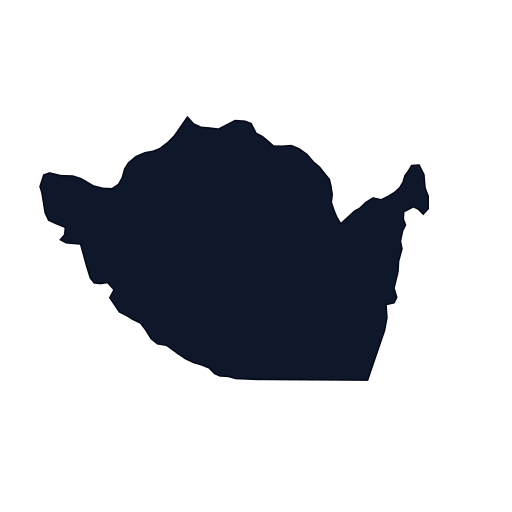 outline of Prata, Paraíba, Brazil, rotated 71°
{"feature_id": "56859067B2509544079783", "entity_name": "Prata", "entity_type": "district", "adm_level": 2, "iso_a3": "BRA", "parent_name": "Brazil", "parent_adm1": "Paraíba", "projection": "orthographic", "projection_center": [-37.099, -7.688], "detail": "fine", "context": "isolated", "style": "filled", "palette": "ink", "viewbox_px": 512, "rotation_deg": 71, "n_neighbors": 0, "source": "geoboundaries", "source_scale": "gbopen_adm2", "svg_char_len": 1595}
<svg xmlns="http://www.w3.org/2000/svg" viewBox="0 0 512 512"><g transform="rotate(71 256 256)"><path d="M223.0,72.2L221.1,79.4L224.8,83.7L228.5,89.0L234.0,92.9L238.3,98.0L241.1,104.7L242.7,112.4L243.6,119.3L239.2,126.4L241.1,134.8L244.7,142.5L245.6,148.2L250.3,158.9L253.1,165.4L245.4,167.0L238.3,167.4L229.7,167.3L222.7,163.9L214.6,162.4L207.4,161.7L199.6,164.6L192.6,167.0L186.0,171.0L176.6,174.7L168.6,180.4L163.1,186.6L160.7,195.5L157.8,203.6L151.3,207.3L145.0,211.1L140.1,215.9L129.2,217.5L124.9,222.6L121.1,231.7L123.8,250.1L119.5,259.0L116.4,266.1L110.6,272.1L102.3,275.6L115.8,294.0L120.0,302.5L123.1,311.8L123.5,318.9L122.2,327.2L122.9,337.1L126.5,346.4L131.1,352.0L138.4,356.9L143.5,362.6L145.5,370.3L142.2,378.7L136.7,387.0L125.9,396.3L120.7,403.2L116.4,414.5L110.2,424.2L110.3,430.4L120.0,437.6L126.2,437.8L146.5,441.3L154.7,440.4L160.7,434.1L166.8,427.0L173.5,429.9L176.9,435.7L181.8,431.1L187.6,418.0L211.3,419.5L223.0,419.8L228.8,417.7L231.5,411.9L232.8,405.0L241.7,401.2L247.8,407.8L258.3,405.0L264.4,403.4L270.3,397.6L275.8,393.2L281.9,387.0L290.5,384.2L300.0,382.1L307.0,377.7L311.3,369.7L318.4,364.7L323.3,361.3L330.3,356.0L336.6,349.5L340.5,343.9L346.4,336.9L353.7,333.4L357.7,329.1L360.7,321.7L365.4,314.8L373.1,295.0L409.7,190.9L368.3,158.7L357.2,152.4L344.3,148.8L345.2,140.7L340.9,136.4L331.4,136.0L322.7,130.4L317.0,126.8L307.4,122.9L296.7,115.6L289.0,114.6L279.8,109.1L275.4,104.5L269.1,104.7L262.3,101.9L260.7,91.1L264.8,87.1L270.9,84.3L267.4,77.8L255.6,73.7L246.8,74.0L241.1,72.6L233.7,70.7L223.0,72.2Z" fill="#0f172a" stroke="#020617" stroke-width="1.5"/></g></svg>